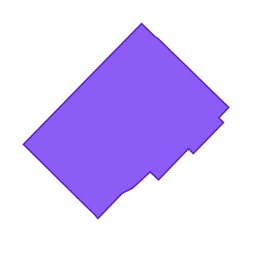 Greene, Ohio, United States of America, rotated 130°
{"feature_id": "52423323B31889876987005", "entity_name": "Greene", "entity_type": "district", "adm_level": 2, "iso_a3": "USA", "parent_name": "United States of America", "parent_adm1": "Ohio", "projection": "robinson", "projection_center": [-83.906, 39.7], "detail": "fine", "context": "isolated", "style": "filled", "palette": "violet", "viewbox_px": 256, "rotation_deg": 130, "n_neighbors": 0, "source": "geoboundaries", "source_scale": "gbopen_adm2", "svg_char_len": 399}
<svg xmlns="http://www.w3.org/2000/svg" viewBox="0 0 256 256"><g transform="rotate(130 128 128)"><path d="M62.4,58.4L61.9,65.0L47.5,64.0L46.0,84.7L40.2,162.3L40.7,166.0L39.3,184.7L61.1,186.4L91.4,188.8L207.8,197.6L214.1,120.3L215.8,97.6L216.4,94.3L216.7,92.9L181.7,90.5L171.1,85.9L147.4,82.8L148.1,71.3L105.0,68.4L105.6,61.5L62.4,58.4Z" fill="#8b5cf6" stroke="#5b21b6" stroke-width="1.5"/></g></svg>